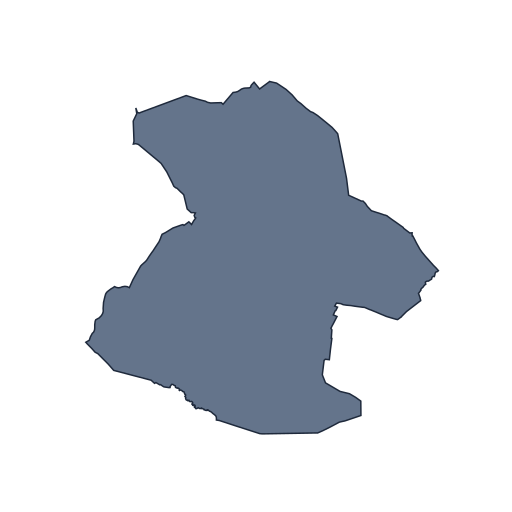 outline of Chavinda, Michoacán, Mexico, rotated 25°
{"feature_id": "50627088B886354204460", "entity_name": "Chavinda", "entity_type": "district", "adm_level": 2, "iso_a3": "MEX", "parent_name": "Mexico", "parent_adm1": "Michoacán", "projection": "mercator", "projection_center": [-102.439, 20.047], "detail": "fine", "context": "isolated", "style": "filled", "palette": "slate", "viewbox_px": 512, "rotation_deg": 25, "n_neighbors": 0, "source": "geoboundaries", "source_scale": "gbopen_adm2", "svg_char_len": 5166}
<svg xmlns="http://www.w3.org/2000/svg" viewBox="0 0 512 512"><g transform="rotate(25 256 256)"><path d="M427.5,192.2L424.4,190.8L420.8,189.5L409.4,184.6L404.8,182.4L401.7,180.6L397.0,177.2L395.5,176.1L393.5,174.5L389.7,171.6L389.3,171.9L388.2,170.3L387.7,169.0L385.7,170.1L385.4,170.1L380.4,169.0L378.1,168.5L377.3,167.9L368.6,166.3L363.4,165.4L358.4,164.4L357.9,164.2L356.1,164.3L354.9,164.6L352.7,164.8L349.2,165.2L348.5,165.3L346.5,165.6L341.4,166.2L335.9,164.0L333.0,162.2L329.8,161.0L328.2,161.7L314.3,161.8L305.2,147.3L291.3,128.3L278.4,110.7L277.2,110.1L270.6,107.3L264.1,105.6L252.5,102.7L250.5,102.4L247.0,101.9L244.4,102.1L238.8,100.9L232.3,98.9L229.7,98.4L227.8,98.0L220.6,94.7L212.8,92.3L201.6,90.6L194.5,92.1L194.3,92.7L189.4,101.7L188.7,103.1L180.8,99.3L180.6,99.8L180.4,100.4L179.9,102.0L179.6,103.0L179.5,103.3L179.5,103.7L179.8,105.3L178.8,106.5L177.1,107.4L176.9,107.5L176.7,107.6L175.0,108.5L174.4,108.9L173.6,109.5L172.2,110.9L172.2,111.0L170.9,113.2L169.9,114.7L168.3,116.1L166.1,117.5L162.0,132.4L160.8,132.0L159.7,131.7L156.1,133.5L150.2,136.5L149.2,136.7L147.2,137.2L144.6,137.1L141.1,137.8L136.9,138.5L124.9,140.1L90.8,174.6L90.2,175.3L89.7,175.8L87.7,175.9L84.5,172.6L87.8,177.4L87.7,185.6L96.9,203.5L97.5,206.4L99.6,205.0L100.9,204.8L101.7,204.6L102.8,204.7L128.5,211.5L130.9,212.2L139.1,217.2L139.3,217.3L139.5,217.5L140.2,217.9L140.6,218.3L149.2,225.1L152.0,227.5L154.2,228.1L155.8,228.0L160.5,229.7L162.9,230.4L164.7,231.1L173.8,242.5L179.0,244.1L181.1,243.1L182.9,242.6L182.8,245.4L184.2,246.8L185.3,247.0L184.6,250.7L184.3,254.7L180.7,253.4L177.8,258.7L176.5,258.4L175.1,259.6L168.9,265.7L164.1,273.0L161.7,276.0L161.8,278.7L162.0,280.3L162.1,284.0L161.0,291.3L160.5,294.9L160.0,297.3L159.4,300.8L159.2,302.2L158.7,306.0L158.1,307.9L156.2,312.3L155.9,313.3L155.7,313.8L154.5,329.4L154.6,338.2L152.2,338.2L150.0,338.9L147.8,340.4L146.4,341.9L144.7,343.0L142.7,343.5L140.7,343.5L139.8,345.2L138.5,347.0L136.6,350.6L136.0,352.1L135.8,354.0L136.3,357.1L137.4,362.4L139.6,368.1L140.5,369.8L141.0,370.9L141.3,372.9L141.1,375.3L140.0,378.4L138.6,380.3L137.7,381.6L137.8,383.1L138.9,386.5L139.9,388.6L140.7,390.5L141.0,391.9L141.0,393.6L140.3,395.4L140.1,399.2L140.5,402.8L138.2,406.1L140.5,407.1L146.2,409.2L150.8,411.2L153.3,411.3L153.8,411.3L167.7,416.4L175.4,419.8L213.4,412.9L217.9,414.3L218.8,413.0L222.8,413.4L223.4,413.4L223.9,412.9L225.9,413.3L227.3,413.5L228.0,413.5L233.0,412.0L233.7,411.5L233.3,411.0L233.6,408.9L233.9,407.9L234.7,407.7L235.2,407.5L236.2,407.8L237.0,407.8L237.6,407.7L237.8,407.9L238.2,408.5L238.4,408.9L238.7,409.1L239.1,409.1L240.6,409.1L240.8,408.9L240.9,408.6L242.5,408.8L242.9,409.0L243.0,410.0L243.5,410.2L243.7,409.7L244.0,409.5L244.5,409.4L245.0,409.3L246.0,409.4L246.5,409.7L247.0,409.8L248.0,409.5L248.8,410.2L249.3,410.8L250.0,411.4L250.6,411.3L251.2,412.3L251.0,412.8L250.9,413.3L251.0,413.4L252.0,413.8L252.2,414.0L252.5,415.1L253.6,415.9L253.9,415.9L254.3,415.9L254.7,415.6L255.3,416.0L255.5,415.9L256.0,415.2L256.3,415.1L256.9,415.8L257.8,415.9L259.1,415.0L260.0,415.2L260.5,415.6L260.8,416.0L260.4,416.4L260.5,416.9L260.6,417.4L261.2,417.6L261.4,417.7L261.7,418.0L261.8,418.1L262.3,418.0L262.5,417.1L263.7,417.1L264.2,417.6L263.9,418.4L264.0,419.0L264.3,419.1L264.8,418.8L265.4,419.5L266.0,419.8L266.7,419.4L267.8,417.9L269.1,418.1L271.2,417.3L271.0,416.9L272.1,416.9L273.8,416.9L273.9,417.3L276.0,417.1L277.1,416.5L276.8,416.0L277.3,415.7L278.3,416.0L279.5,416.3L280.3,416.2L281.3,416.3L281.6,416.3L282.7,416.7L282.9,416.8L284.1,417.1L284.7,417.2L285.6,417.4L287.3,418.0L288.1,418.8L288.9,420.2L289.4,421.4L292.3,420.6L309.8,418.5L334.5,415.4L336.7,414.6L338.4,413.8L385.4,390.9L386.7,390.3L390.2,386.3L395.4,379.8L401.7,371.4L404.0,369.6L406.0,368.1L406.9,367.3L418.5,356.2L412.3,343.2L406.0,342.0L398.9,341.3L389.4,343.2L372.6,341.6L367.1,336.4L366.3,335.6L361.8,321.8L362.1,321.2L362.4,320.3L366.3,319.0L362.9,309.0L359.6,298.6L359.4,298.6L359.0,298.7L356.0,290.9L355.0,290.2L354.4,289.8L354.5,288.5L354.5,287.7L354.5,286.9L354.5,286.7L354.6,285.9L354.8,281.5L354.8,281.4L355.0,276.6L351.0,276.7L350.9,272.3L351.4,271.7L351.5,267.9L348.8,268.1L348.5,268.1L348.8,264.7L352.8,263.4L353.3,263.3L353.9,263.3L354.0,263.3L355.2,263.3L355.3,263.3L355.5,263.3L355.8,263.2L358.9,262.3L363.0,260.8L366.6,259.8L369.5,258.9L372.3,258.0L374.9,257.2L375.0,257.1L376.1,256.7L382.1,256.5L382.3,256.4L386.6,256.2L388.3,256.1L394.2,255.9L394.4,255.9L394.6,255.9L395.7,255.8L396.1,255.8L399.1,255.7L399.6,255.7L400.1,255.6L400.3,255.6L407.0,254.6L410.0,254.1L411.2,253.8L413.3,250.0L413.3,249.9L413.5,249.8L413.6,249.0L413.9,248.2L415.9,242.7L423.5,228.0L424.1,226.9L424.0,226.5L422.6,225.0L422.5,224.7L419.0,221.1L419.2,220.7L419.9,217.2L419.5,216.8L419.5,216.7L419.7,215.5L420.3,214.2L420.5,213.8L420.8,212.2L421.0,211.3L421.1,211.1L421.8,209.8L421.3,209.3L420.7,208.5L420.6,207.9L421.4,206.7L421.7,206.5L423.0,205.8L423.0,205.7L423.5,204.9L424.0,204.1L424.3,203.7L424.9,202.7L424.5,201.0L424.6,200.8L424.7,200.4L425.3,199.5L426.3,199.3L426.3,199.1L426.1,198.0L426.1,197.7L425.6,195.8L425.8,194.7L426.0,194.2L427.1,193.4L427.3,192.7L427.5,192.2Z" fill="#64748b" stroke="#1e293b" stroke-width="1.5"/></g></svg>